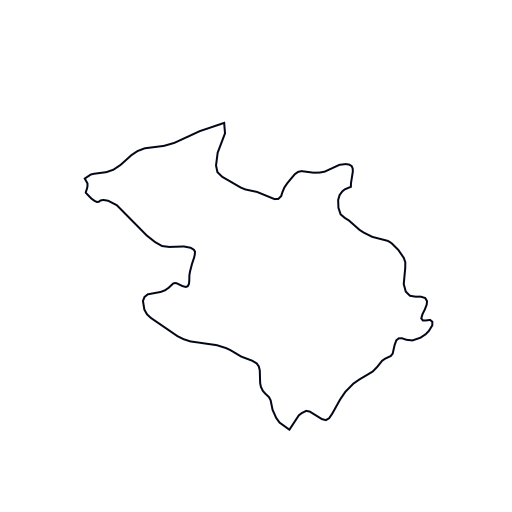 map outline of Bordj Bou Arréridj (Natural Earth projection), rotated 33°
{"feature_id": "DZA-2207", "entity_name": "Bordj Bou Arréridj", "entity_type": "Province", "adm_level": 1, "iso_a3": "DZA", "parent_name": "Algeria", "parent_adm1": "", "projection": "natural_earth1", "projection_center": [4.728, 36.101], "detail": "fine", "context": "isolated", "style": "outline", "palette": "ink", "viewbox_px": 512, "rotation_deg": 33, "n_neighbors": 0, "source": "natural_earth", "source_scale": "10m", "svg_char_len": 2173}
<svg xmlns="http://www.w3.org/2000/svg" viewBox="0 0 512 512"><g transform="rotate(33 256 256)"><path d="M297.9,146.3L294.2,151.7L293.2,154.7L292.9,159.3L294.4,164.3L298.9,170.7L304.3,175.0L309.8,175.7L314.5,175.6L328.5,177.7L333.6,177.7L343.2,176.6L358.1,171.6L360.8,171.4L363.1,171.5L372.1,173.4L381.0,177.1L384.6,179.9L387.7,184.8L395.2,199.1L401.0,204.3L406.8,205.5L412.0,203.2L416.5,200.3L420.8,199.1L424.0,200.7L425.6,203.7L426.7,208.8L427.3,214.1L428.6,218.3L431.0,219.2L433.5,217.6L436.8,214.8L439.7,215.1L441.6,218.1L441.8,224.6L440.9,229.2L438.4,235.0L433.2,241.6L427.9,244.3L423.2,245.5L420.6,247.3L419.6,250.3L420.8,255.4L423.8,263.4L423.5,266.5L420.2,271.8L418.8,275.2L418.1,282.7L416.8,289.3L410.0,303.1L407.2,309.9L404.9,321.2L404.7,330.4L405.8,346.7L405.7,352.2L404.0,355.6L400.1,356.9L385.8,357.2L382.4,358.6L379.9,362.9L378.7,366.3L378.6,383.5L366.5,382.9L361.1,380.8L353.7,376.0L346.9,369.1L343.8,367.3L338.9,366.4L335.2,365.4L331.3,363.0L328.6,360.2L321.5,349.9L318.5,347.1L315.1,345.7L309.8,345.9L298.4,348.4L285.8,348.9L281.2,349.5L271.8,352.1L247.4,363.4L240.6,365.2L233.9,366.0L201.6,365.2L196.4,364.3L191.6,361.8L185.7,355.3L184.8,351.1L186.1,347.1L195.6,338.1L198.3,334.4L200.0,330.4L201.5,324.3L202.5,323.0L204.2,322.1L210.6,321.3L214.0,320.2L215.2,318.6L215.0,316.1L213.7,313.4L210.6,308.4L209.1,304.9L206.7,297.7L204.9,290.9L203.9,288.2L202.5,285.6L200.4,284.6L196.7,284.7L190.3,287.3L178.4,295.6L171.8,298.8L163.8,299.3L153.1,298.3L111.6,289.2L101.9,290.2L97.5,292.1L95.3,294.2L94.8,295.8L94.4,296.3L93.3,297.3L90.9,297.7L86.7,297.5L78.9,295.7L78.5,295.3L77.6,291.7L76.6,289.1L75.1,286.9L70.2,284.3L73.1,277.6L75.2,275.4L84.9,267.1L89.4,261.3L92.8,253.4L96.6,239.2L99.5,232.5L104.0,226.3L118.8,213.8L125.9,205.6L140.9,181.8L156.8,161.7L163.2,170.0L167.6,190.3L173.2,201.9L178.0,206.7L184.6,208.0L205.9,206.9L210.8,206.0L222.0,201.7L240.5,198.2L243.6,196.0L244.5,192.1L243.3,187.7L242.5,183.2L242.6,177.8L244.0,166.2L245.5,162.5L248.0,160.0L258.9,154.8L263.9,151.4L267.7,147.8L276.3,134.1L281.1,130.1L284.3,128.6L287.2,128.5L289.4,129.9L291.2,132.4L296.0,143.2L296.6,144.2L297.9,146.3Z" fill="none" stroke="#020617" stroke-width="2"/></g></svg>